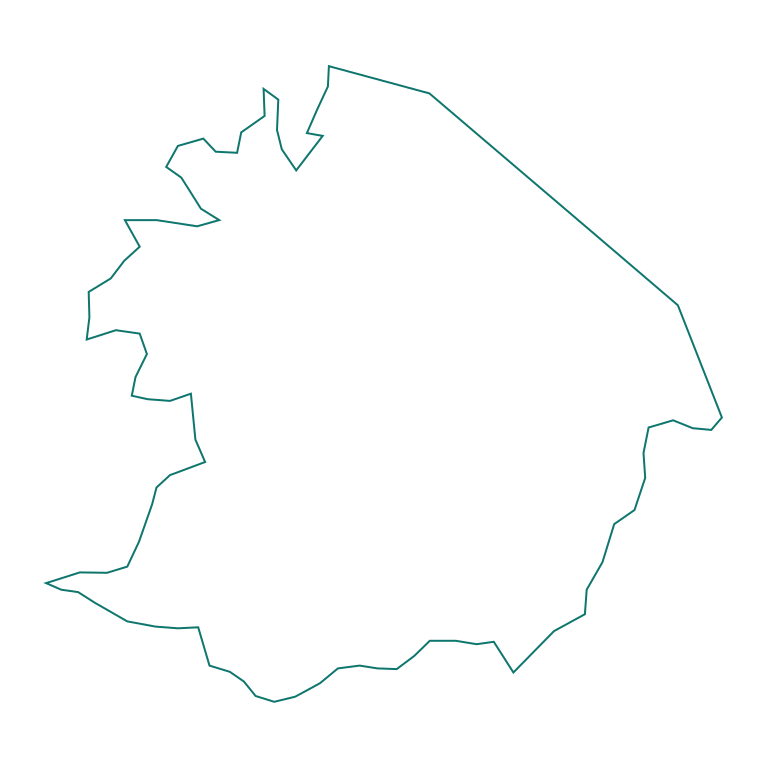 Mulungu, Ceará, Brazil (Albers equal-area conic projection)
{"feature_id": "56859067B22800434972172", "entity_name": "Mulungu", "entity_type": "district", "adm_level": 2, "iso_a3": "BRA", "parent_name": "Brazil", "parent_adm1": "Ceará", "projection": "albers", "projection_center": [-39.009, -4.317], "detail": "fine", "context": "isolated", "style": "outline", "palette": "teal", "viewbox_px": 768, "rotation_deg": 0, "n_neighbors": 0, "source": "geoboundaries", "source_scale": "gbopen_adm2", "svg_char_len": 1194}
<svg xmlns="http://www.w3.org/2000/svg" viewBox="0 0 768 768"><path d="M513.4,672.5L554.0,631.1L584.9,614.2L586.7,589.7L602.5,562.1L614.2,524.1L634.5,510.0L645.2,477.9L643.5,453.0L648.6,427.5L673.1,420.3L692.7,428.2L711.3,429.9L721.9,417.5L677.9,305.3L589.4,229.7L429.4,93.4L328.9,66.2L327.9,86.5L317.6,108.6L306.9,133.1L322.7,135.9L311.0,151.1L296.2,170.4L281.8,149.3L277.0,130.0L278.3,99.6L263.6,88.9L264.6,115.9L241.2,132.4L237.1,152.8L215.7,151.7L203.3,138.6L177.9,145.9L166.2,166.9L181.3,177.6L190.3,191.8L200.9,208.7L219.2,220.1L197.1,226.3L156.5,220.1L124.9,220.1L139.7,246.7L124.2,260.8L110.8,278.4L88.7,291.9L89.4,317.4L86.7,339.5L115.9,330.2L139.7,333.6L146.9,354.0L135.5,377.1L131.8,395.7L147.6,399.2L170.0,400.9L190.9,393.7L195.4,439.6L205.1,462.0L170.0,475.1L156.5,487.5L152.1,504.4L139.0,541.7L127.3,566.6L107.0,572.8L79.8,572.4L46.1,583.1L61.2,589.7L78.1,592.1L94.9,602.8L127.3,621.4L155.5,626.6L177.9,628.3L198.2,627.3L209.5,665.6L229.8,671.8L243.9,681.5L255.6,696.0L274.2,701.8L295.2,696.7L320.0,683.2L337.9,668.4L359.6,665.6L377.5,668.4L396.7,669.1L414.3,655.9L429.8,640.8L455.9,640.8L476.6,644.2L493.8,641.8L513.4,672.5Z" fill="none" stroke="#0f766e" stroke-width="2"/></svg>